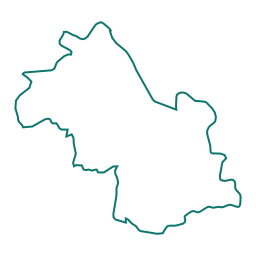 an SVG outline of Isère
{"feature_id": "FRA-5311", "entity_name": "Isère", "entity_type": "Metropolitan department", "adm_level": 1, "iso_a3": "FRA", "parent_name": "France", "parent_adm1": "", "projection": "equal_earth", "projection_center": [5.636, 45.294], "detail": "fine", "context": "isolated", "style": "outline", "palette": "teal", "viewbox_px": 256, "rotation_deg": 0, "n_neighbors": 0, "source": "natural_earth", "source_scale": "10m", "svg_char_len": 2411}
<svg xmlns="http://www.w3.org/2000/svg" viewBox="0 0 256 256"><path d="M53.6,123.5L52.3,123.2L51.1,121.8L50.7,120.4L50.0,119.3L48.0,118.7L44.9,119.4L32.3,126.5L23.1,127.3L23.1,126.8L21.4,124.3L19.2,122.2L18.2,120.0L17.8,116.5L17.3,114.8L15.4,108.3L16.0,100.6L19.7,95.4L29.3,87.9L31.4,81.6L27.2,77.4L22.1,73.8L22.6,73.9L24.5,72.5L51.6,70.3L54.4,68.6L56.4,63.4L57.5,61.7L64.0,56.3L67.8,54.5L71.1,54.5L71.5,51.9L69.9,50.1L61.2,45.5L59.6,43.4L59.6,40.5L63.3,34.4L63.9,31.9L66.2,31.8L68.3,32.5L72.9,35.0L76.2,36.1L80.2,38.6L82.9,39.2L85.4,38.4L87.6,36.6L94.0,26.9L96.0,24.4L97.9,23.3L99.3,22.9L100.0,22.4L101.0,22.2L103.2,23.3L109.5,28.6L110.1,29.5L110.7,30.5L110.0,30.8L109.9,31.0L112.2,37.8L116.1,43.0L125.7,51.0L128.3,54.3L133.1,62.6L136.3,70.2L152.7,99.4L154.8,101.5L176.3,109.7L176.0,106.6L176.4,97.2L176.9,94.8L179.1,93.1L181.5,92.5L184.1,92.7L186.5,93.6L195.0,100.8L204.8,101.7L206.2,102.3L212.3,108.6L214.9,112.7L215.9,117.2L215.2,121.3L213.5,123.3L211.3,124.8L208.9,127.0L207.3,130.3L207.1,133.7L210.3,146.0L210.6,151.7L211.2,152.9L212.6,153.4L220.5,153.6L224.7,155.1L226.1,158.4L222.7,161.9L222.3,162.9L221.7,165.3L221.3,168.4L220.0,174.8L220.0,177.8L220.6,179.8L222.0,180.4L223.3,180.7L225.1,180.9L231.5,179.6L232.9,179.9L234.4,181.1L235.0,182.3L235.2,183.9L235.2,187.8L235.8,189.4L236.9,190.8L238.2,192.1L239.8,194.0L240.4,195.5L240.6,196.9L240.4,202.2L240.0,204.9L239.5,205.9L238.9,206.7L237.8,206.9L236.6,206.7L231.7,205.1L230.4,204.9L229.1,204.9L227.7,205.2L223.1,207.1L221.7,207.3L219.1,206.9L217.8,206.9L213.6,207.7L212.4,207.6L209.7,206.8L208.3,206.8L207.0,207.3L199.8,211.8L198.4,212.2L197.0,212.2L194.7,211.4L193.4,211.1L192.1,211.3L190.8,211.9L188.5,213.3L185.2,215.8L184.6,217.0L184.8,218.4L185.3,219.7L185.1,221.5L184.3,222.6L183.1,223.6L177.6,225.2L174.8,225.7L170.6,225.6L169.1,225.8L167.3,226.4L166.1,227.7L162.7,233.2L157.3,233.8L140.7,231.1L139.0,230.2L135.9,226.1L131.7,223.4L128.3,219.7L125.8,218.5L125.8,222.6L115.6,219.6L113.5,217.2L113.4,213.9L116.5,195.0L116.5,188.4L117.9,183.8L118.1,181.8L116.9,177.3L115.4,174.1L115.0,170.8L117.2,166.3L113.2,166.5L103.8,172.5L98.2,172.4L97.6,171.8L97.1,170.2L96.8,169.7L95.3,169.7L92.4,170.6L88.4,169.6L85.8,170.1L83.5,169.4L81.8,165.4L75.9,165.2L74.0,166.3L73.1,162.9L75.8,153.8L73.8,143.8L73.5,137.9L71.7,134.4L66.4,136.5L67.6,129.6L61.2,129.5L59.2,128.0L57.2,124.3L56.2,123.2L53.6,123.5Z" fill="none" stroke="#0f766e" stroke-width="2"/></svg>